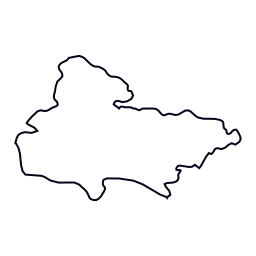 Lumbini, Natural Earth projection
{"feature_id": "NPL-1127", "entity_name": "Lumbini", "entity_type": "Administrative Zone", "adm_level": 1, "iso_a3": "NPL", "parent_name": "Nepal", "parent_adm1": "", "projection": "natural_earth1", "projection_center": [83.543, 27.795], "detail": "fine", "context": "isolated", "style": "outline", "palette": "ink", "viewbox_px": 256, "rotation_deg": 0, "n_neighbors": 0, "source": "natural_earth", "source_scale": "10m", "svg_char_len": 2655}
<svg xmlns="http://www.w3.org/2000/svg" viewBox="0 0 256 256"><path d="M175.9,181.6L173.0,182.6L167.1,183.0L164.6,184.1L165.7,186.6L169.3,191.0L169.7,192.5L170.2,194.0L170.1,195.3L168.9,195.8L168.1,196.4L167.2,197.9L167.1,197.7L166.4,197.0L160.4,194.7L142.6,184.3L133.2,180.6L119.1,178.5L107.0,178.4L103.7,179.7L103.0,181.2L102.8,183.1L103.0,184.9L105.0,187.8L104.8,189.7L103.9,191.6L101.1,196.1L99.0,198.4L96.5,200.0L93.6,200.1L90.6,199.0L89.3,197.4L88.5,195.3L87.0,192.3L85.4,190.3L79.1,184.5L74.3,182.5L58.6,182.6L50.4,180.5L44.5,176.9L41.3,175.8L25.4,174.6L22.5,171.0L21.1,165.1L19.9,153.5L18.3,147.5L16.1,143.6L15.4,143.3L15.4,143.2L15.7,141.9L16.6,138.4L17.4,136.6L17.9,135.7L18.6,134.8L19.5,134.1L20.9,133.3L23.3,132.5L25.3,132.2L31.7,132.9L37.3,130.9L34.3,127.6L28.4,124.6L26.8,123.3L27.0,122.5L27.4,121.8L31.8,116.7L37.5,111.3L40.7,110.3L43.7,110.9L45.3,111.0L46.9,110.7L48.5,110.1L52.3,107.7L56.5,106.1L57.2,105.4L57.8,104.4L57.4,102.8L57.0,101.9L56.1,100.9L55.0,100.0L54.2,98.5L53.8,96.1L55.0,91.2L55.6,87.0L57.3,81.6L60.7,78.4L61.7,77.3L62.4,76.0L62.2,74.1L61.6,72.6L59.2,69.2L58.7,67.6L58.8,66.1L59.7,64.5L61.4,63.0L67.2,60.0L68.8,57.9L78.9,55.9L81.1,56.5L83.8,57.7L90.8,64.4L93.3,66.0L95.2,66.6L98.6,66.7L100.3,67.4L103.1,68.9L104.7,70.1L105.8,71.3L106.7,72.9L107.9,74.4L109.9,76.0L111.7,76.6L115.3,76.8L117.9,77.3L119.6,78.0L121.0,78.9L127.0,84.4L127.8,85.4L128.0,86.6L127.6,87.4L127.7,89.2L128.4,90.8L129.2,91.0L130.2,90.9L131.3,91.4L133.1,95.5L131.3,98.9L127.2,101.3L122.5,102.1L118.7,101.0L116.5,100.9L114.6,102.1L113.7,104.2L115.0,105.5L117.1,106.8L119.0,108.5L120.4,106.8L121.9,106.6L125.6,107.3L129.3,107.2L131.4,107.5L133.1,108.5L134.6,108.4L139.1,110.2L140.1,110.0L142.4,108.6L152.8,108.5L155.8,108.9L158.0,110.2L161.6,114.2L163.4,115.3L164.7,115.2L167.7,114.0L169.1,113.7L170.8,113.9L174.3,114.8L176.1,115.0L179.1,114.2L184.9,110.7L188.0,110.3L190.6,111.5L195.3,115.7L197.7,117.4L203.2,118.7L214.8,118.9L220.3,120.0L222.6,121.4L223.3,123.0L223.4,125.0L223.8,127.6L224.5,128.8L226.2,130.0L226.5,131.3L226.7,132.8L227.2,133.5L228.0,133.8L229.1,133.9L230.6,133.2L232.1,131.4L233.9,129.9L236.2,129.7L237.4,131.0L238.9,133.7L240.2,136.5L240.6,138.3L240.1,140.6L238.9,142.2L235.3,144.6L231.7,143.2L228.5,144.9L225.2,147.6L221.7,149.0L219.6,148.7L218.0,148.3L216.6,148.3L215.0,149.0L212.7,152.8L211.1,154.1L208.9,153.1L206.0,156.8L200.8,166.2L199.2,168.1L194.8,164.8L192.2,166.7L189.3,167.0L180.6,165.7L179.1,165.7L178.0,166.0L177.0,167.0L176.3,168.4L176.3,169.6L177.6,170.1L180.3,170.1L180.7,170.9L179.3,172.8L178.3,174.6L178.3,176.3L178.5,178.1L178.0,179.8L176.0,181.6L175.9,181.6Z" fill="none" stroke="#020617" stroke-width="2"/></svg>